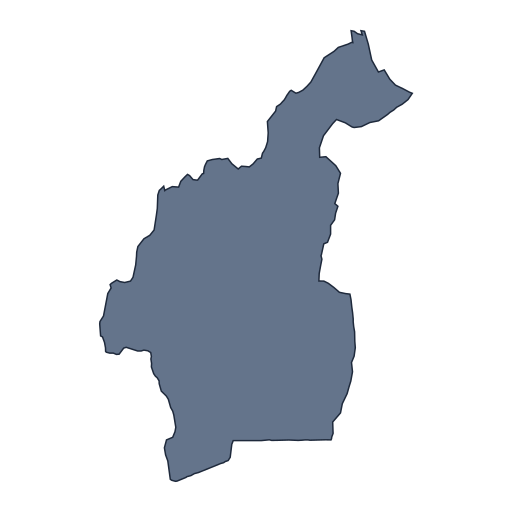 Mamou, Mamou, Guinea
{"feature_id": "49546643B72815389499799", "entity_name": "Mamou", "entity_type": "district", "adm_level": 2, "iso_a3": "GIN", "parent_name": "Guinea", "parent_adm1": "Mamou", "projection": "equal_earth", "projection_center": [-11.801, 10.57], "detail": "fine", "context": "isolated", "style": "filled", "palette": "slate", "viewbox_px": 512, "rotation_deg": 0, "n_neighbors": 0, "source": "geoboundaries", "source_scale": "gbopen_adm2", "svg_char_len": 3095}
<svg xmlns="http://www.w3.org/2000/svg" viewBox="0 0 512 512"><path d="M408.0,99.6L412.3,93.3L409.5,92.2L403.5,89.0L395.4,85.1L389.8,79.2L384.2,69.9L378.4,72.0L371.7,60.0L368.3,44.2L364.5,31.3L361.0,30.7L362.3,34.9L357.5,33.7L354.2,31.3L351.1,30.7L352.0,37.2L352.4,40.6L352.8,42.6L351.6,42.4L348.1,44.1L338.3,47.4L334.1,51.3L324.2,57.7L316.2,72.4L310.9,82.0L307.0,86.3L302.8,90.2L298.7,92.4L295.9,93.2L291.2,90.3L289.7,91.3L287.7,94.2L286.9,95.3L285.3,98.2L284.0,100.2L282.7,101.5L280.4,104.1L276.6,106.6L275.6,111.1L267.4,121.5L268.2,132.9L267.6,141.6L265.7,147.7L263.7,151.5L262.5,153.2L261.3,158.1L257.3,159.0L253.1,163.9L249.3,166.9L245.6,166.5L241.5,166.2L238.2,169.0L231.8,163.7L227.8,158.4L221.8,159.5L219.6,158.5L214.7,159.2L212.4,159.5L207.3,160.9L205.5,164.4L204.5,166.8L203.8,170.5L203.8,170.9L203.6,173.5L202.3,173.8L197.6,180.1L196.6,180.1L193.0,179.6L189.6,175.6L187.5,174.4L184.8,177.0L180.8,181.3L178.6,187.1L172.3,186.6L165.6,189.9L164.8,190.6L163.7,186.2L161.1,188.8L159.3,190.4L157.8,195.0L157.3,208.5L156.3,215.8L154.1,230.0L149.8,235.3L144.0,238.7L137.9,246.5L136.7,252.1L136.5,256.5L135.7,264.9L133.0,277.3L130.5,281.1L124.7,282.5L119.9,281.6L116.8,280.0L111.5,283.3L110.1,284.6L111.1,288.0L107.8,293.5L103.5,316.0L100.0,321.5L99.7,323.8L100.6,335.9L102.5,336.9L104.5,342.4L105.5,347.8L105.6,351.4L106.3,352.2L109.7,353.1L113.3,353.1L116.4,354.4L119.1,354.2L123.7,348.1L126.2,347.3L137.7,351.0L141.1,351.0L143.9,350.1L147.9,350.8L149.3,351.7L150.7,352.5L151.4,356.4L150.9,359.0L151.6,363.5L151.4,366.9L153.7,373.7L155.5,376.3L157.1,377.6L159.1,380.9L159.2,383.7L161.3,391.1L166.3,396.0L168.3,399.2L170.7,407.6L172.7,411.1L173.8,415.0L175.8,427.3L175.0,431.7L172.7,437.3L166.5,439.9L164.4,447.8L165.6,454.9L167.8,460.9L170.3,479.3L171.6,480.2L171.8,480.3L175.5,481.3L177.0,481.1L182.4,478.9L186.0,477.4L186.8,476.7L190.5,475.7L191.1,475.5L192.8,474.5L194.4,473.6L198.2,472.6L198.4,472.6L198.8,472.4L220.7,463.5L223.6,462.7L225.3,461.5L226.6,461.1L227.4,460.8L228.2,460.5L230.2,457.3L231.8,444.2L232.4,442.8L232.7,442.0L233.2,440.6L246.9,440.6L254.1,440.6L261.2,440.6L269.4,439.8L271.6,440.4L277.4,440.3L288.9,440.0L298.2,440.4L301.8,440.2L305.3,439.9L307.5,439.9L307.9,439.9L310.0,440.2L310.4,440.2L325.3,439.8L326.0,439.8L331.0,439.9L331.5,438.8L331.8,436.8L332.5,435.0L333.1,433.3L333.0,431.3L332.7,422.0L340.5,412.9L342.3,403.7L347.1,393.7L349.1,386.6L350.8,381.1L352.5,371.8L351.5,362.5L354.1,356.2L355.3,347.7L354.8,341.3L354.6,331.8L353.7,326.6L353.2,321.8L353.2,319.0L352.6,312.8L351.8,307.1L351.0,299.6L349.9,294.1L345.6,293.6L339.4,292.3L333.9,287.5L328.3,283.3L323.9,281.1L318.9,281.0L319.2,273.5L320.6,265.8L321.9,259.2L321.0,255.7L321.4,254.7L323.8,243.8L327.5,242.3L330.6,234.1L330.6,225.3L334.6,219.8L335.6,213.2L337.9,206.3L334.8,203.6L338.4,193.2L337.9,183.6L340.5,173.3L335.8,165.7L325.9,156.7L319.7,157.3L319.4,147.8L323.5,135.7L332.6,123.7L336.5,119.5L345.3,122.8L352.1,127.0L354.1,127.5L361.4,126.6L369.9,122.5L378.6,120.8L387.9,114.2L389.9,112.4L393.7,110.0L396.6,107.3L402.2,104.2L408.0,99.6Z" fill="#64748b" stroke="#1e293b" stroke-width="1.5"/></svg>